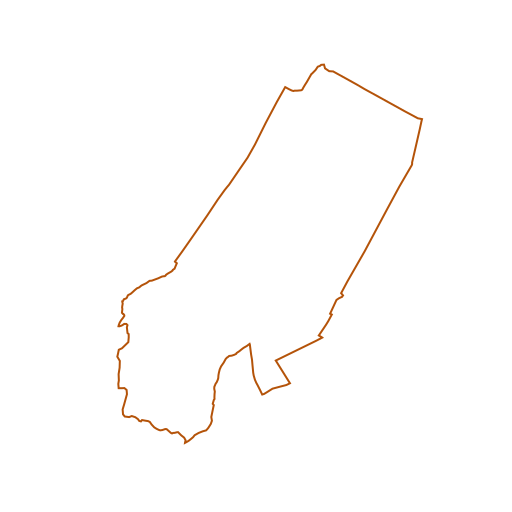 Covasint, Arad, Romania (Robinson projection), rotated 116°
{"feature_id": "2599482B42715428372947", "entity_name": "Covasint", "entity_type": "district", "adm_level": 2, "iso_a3": "ROU", "parent_name": "Romania", "parent_adm1": "Arad", "projection": "robinson", "projection_center": [21.613, 46.208], "detail": "fine", "context": "isolated", "style": "outline", "palette": "amber", "viewbox_px": 512, "rotation_deg": 116, "n_neighbors": 0, "source": "geoboundaries", "source_scale": "gbopen_adm2", "svg_char_len": 3335}
<svg xmlns="http://www.w3.org/2000/svg" viewBox="0 0 512 512"><g transform="rotate(116 256 256)"><path d="M355.6,356.2L356.2,355.8L356.4,355.6L356.8,355.3L357.3,354.9L359.8,354.2L361.1,353.7L361.9,353.1L362.4,352.8L364.1,352.2L365.8,351.6L366.4,350.2L366.2,349.8L366.8,348.6L367.5,348.1L369.8,348.4L372.6,349.0L375.5,349.3L378.1,349.1L379.4,348.8L379.1,348.0L377.5,346.3L375.8,345.2L374.8,344.7L373.9,342.7L374.5,341.2L376.7,340.8L381.6,337.7L382.0,336.2L385.0,334.7L389.4,333.0L397.7,336.0L400.4,338.2L402.4,337.7L403.9,337.3L407.3,336.5L410.0,332.4L416.2,329.6L422.4,327.7L428.0,324.7L430.0,324.1L431.3,323.7L435.0,321.5L433.9,319.1L432.4,316.4L433.1,313.6L434.9,312.5L436.8,311.4L441.6,310.5L447.5,309.4L452.4,308.6L456.6,306.1L457.8,303.6L456.4,299.4L454.3,297.5L453.8,293.8L454.4,290.5L455.4,288.7L455.1,286.9L453.4,286.5L452.5,283.2L451.7,280.6L451.7,278.7L453.2,276.0L454.6,272.4L454.9,269.7L454.9,267.2L454.7,265.7L453.5,263.9L451.3,261.7L450.8,260.4L452.0,256.1L452.3,255.0L452.3,253.7L451.4,253.0L450.6,251.6L449.1,249.8L448.5,248.8L448.9,247.7L449.9,244.8L450.0,244.5L450.6,241.6L450.8,240.9L452.5,238.5L454.8,238.0L455.1,237.9L454.0,237.1L451.8,235.6L449.1,234.3L446.4,233.1L444.0,232.6L440.2,230.0L436.9,227.0L434.6,224.4L433.0,223.9L431.3,223.5L426.8,223.0L425.1,223.2L423.4,223.4L420.3,225.6L416.0,226.7L413.3,227.4L408.5,228.6L407.8,230.1L403.8,230.8L402.7,230.6L401.3,231.4L398.1,232.8L395.9,233.6L393.7,235.3L391.9,236.1L388.3,236.3L386.9,236.0L384.0,236.1L382.3,236.4L379.6,237.5L377.1,238.2L373.8,238.9L370.5,239.0L366.0,238.3L361.8,238.1L359.9,237.5L359.4,237.1L357.6,236.3L356.2,234.1L354.3,232.2L352.6,230.9L351.7,230.9L348.8,229.2L346.6,228.2L344.0,226.9L340.9,224.8L337.8,223.2L338.3,222.7L346.7,217.2L351.0,214.1L355.5,211.4L362.2,207.3L364.4,205.7L367.7,202.7L369.9,200.1L371.3,198.1L374.7,193.6L377.8,189.7L377.6,189.5L377.2,189.1L376.5,188.3L373.2,186.2L368.0,183.0L362.8,177.0L358.7,172.2L356.8,170.7L355.5,169.7L341.3,192.4L306.0,164.9L300.3,160.7L300.2,161.1L299.9,164.7L295.6,164.1L287.0,162.9L282.9,162.5L275.4,162.2L275.4,164.1L260.2,164.4L257.6,162.9L254.9,160.7L254.2,160.7L253.3,160.5L252.1,163.2L238.7,162.7L204.2,160.4L157.4,158.7L130.8,157.6L118.4,156.7L106.1,155.8L104.8,156.0L104.7,156.1L103.5,156.7L90.0,159.8L70.2,164.4L62.1,166.4L60.2,166.8L60.5,168.1L61.3,170.9L60.7,186.2L59.2,214.8L58.4,231.5L57.7,240.5L56.3,267.6L57.8,271.2L57.4,274.1L57.1,276.2L54.2,278.8L55.6,281.2L56.4,281.6L57.2,281.9L58.7,283.4L59.0,283.5L62.7,284.0L67.5,285.6L68.2,286.0L77.3,286.6L80.7,287.0L84.2,287.3L85.9,287.3L86.7,287.6L87.3,288.1L89.3,291.4L90.4,293.7L91.3,294.7L91.6,296.4L91.6,299.3L91.4,303.8L108.3,304.8L132.2,305.6L156.3,305.8L171.4,306.7L184.8,308.7L203.9,311.5L206.6,312.2L210.6,313.1L222.2,315.1L241.0,317.6L271.0,322.2L283.6,324.2L296.3,326.4L296.6,326.4L297.2,324.0L302.5,323.7L303.0,323.6L305.0,324.7L305.6,324.6L307.1,325.3L310.5,327.6L312.3,328.6L312.5,328.6L312.8,328.7L313.3,328.7L314.2,329.2L314.6,330.0L315.7,331.5L319.0,334.2L323.8,338.8L325.0,340.8L326.7,341.7L328.4,342.6L332.3,345.7L333.5,346.4L335.2,347.1L336.0,347.7L337.0,348.7L338.7,349.5L340.3,350.2L341.9,350.8L343.4,351.4L345.0,352.1L345.9,352.8L346.8,353.5L347.5,353.9L348.2,353.9L349.9,353.8L350.8,354.0L351.6,354.6L352.8,355.8L354.2,355.8L355.5,355.9L355.6,356.2Z" fill="none" stroke="#b45309" stroke-width="2"/></g></svg>